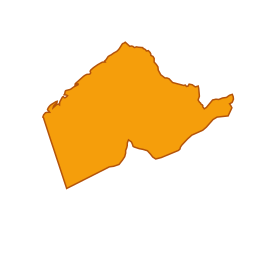 the Region of Tanga, rotated 212°
{"feature_id": "TZA-3395", "entity_name": "Tanga", "entity_type": "Region", "adm_level": 1, "iso_a3": "TZA", "parent_name": "United Republic of Tanzania", "parent_adm1": "", "projection": "natural_earth1", "projection_center": [38.386, -5.115], "detail": "fine", "context": "isolated", "style": "filled", "palette": "amber", "viewbox_px": 256, "rotation_deg": 212, "n_neighbors": 0, "source": "natural_earth", "source_scale": "10m", "svg_char_len": 2344}
<svg xmlns="http://www.w3.org/2000/svg" viewBox="0 0 256 256"><g transform="rotate(212 128 128)"><path d="M148.0,44.2L148.4,44.6L154.7,49.8L160.8,54.9L167.0,60.1L173.3,65.3L179.5,70.5L185.7,75.6L191.9,80.8L198.1,86.0L204.2,91.1L204.7,91.7L206.0,92.1L206.5,94.4L206.1,97.2L204.7,98.6L202.7,99.8L204.3,100.5L205.4,100.6L206.1,101.1L206.3,102.9L206.2,104.7L205.9,106.2L205.4,107.5L203.1,112.1L202.2,113.1L201.7,111.9L202.0,110.2L202.5,108.6L202.7,107.0L202.2,105.5L201.0,109.8L199.8,111.4L198.3,111.3L199.5,113.5L199.7,114.4L200.0,119.1L199.8,120.0L199.3,120.3L198.1,119.9L197.5,120.2L197.2,120.7L196.5,122.3L196.4,123.4L197.4,123.4L199.8,122.3L199.8,123.5L200.6,125.6L200.7,126.3L200.4,127.0L197.7,129.8L197.2,130.5L195.8,134.0L193.5,137.8L193.3,138.4L193.9,139.0L194.7,138.3L195.8,136.7L196.2,137.7L193.1,148.3L192.3,150.1L191.3,151.7L190.5,152.3L189.7,152.8L189.0,153.4L188.8,154.6L189.1,155.3L189.7,155.6L190.2,156.1L190.3,157.4L189.3,160.8L187.2,165.7L184.7,170.2L182.3,171.9L183.3,172.4L182.8,174.2L182.7,178.1L182.0,179.6L181.1,181.0L179.8,184.1L178.2,186.9L177.7,188.7L177.4,190.7L177.4,196.1L177.1,197.0L176.6,197.5L176.2,198.3L175.9,199.1L175.8,199.3L169.8,198.2L168.6,199.3L167.1,199.8L166.1,199.6L165.1,199.7L163.8,201.3L162.2,201.9L158.1,204.0L157.1,203.4L156.1,203.7L154.6,203.7L153.3,203.1L152.5,203.7L151.8,204.4L149.4,203.8L148.1,203.0L147.0,201.7L144.7,201.9L142.7,200.9L140.8,197.8L137.7,196.9L135.0,195.7L133.0,193.1L128.4,190.5L123.2,190.0L121.4,191.1L119.3,191.5L114.3,190.2L103.3,193.6L102.2,194.8L100.4,194.2L99.3,195.3L99.4,197.6L96.5,198.7L92.7,198.5L90.7,200.8L89.0,199.0L84.3,192.8L83.4,188.9L80.9,187.7L79.7,187.6L78.4,186.8L77.3,187.0L76.4,186.6L76.2,186.0L75.8,185.6L73.5,184.7L72.4,187.0L71.1,196.6L68.7,199.0L66.1,200.3L63.8,203.5L60.7,206.1L59.3,209.5L57.4,211.8L55.4,210.3L53.8,208.3L53.8,207.5L53.5,206.9L53.3,204.7L54.7,202.3L52.8,201.5L50.6,200.2L49.5,191.3L58.2,184.5L60.4,180.2L62.0,170.3L63.4,165.8L70.1,155.8L71.7,150.3L73.3,142.1L73.4,139.7L72.8,137.5L73.4,135.6L84.1,120.6L88.1,116.4L91.7,116.5L95.2,117.8L99.5,119.0L104.0,117.8L107.6,116.4L112.6,115.2L113.9,115.1L115.8,116.7L117.8,118.0L121.3,118.2L120.7,115.0L119.4,112.8L118.6,110.5L118.1,107.7L116.7,105.5L115.6,101.9L115.7,97.9L116.3,92.3L119.9,87.9L123.2,85.2L148.0,44.2L148.0,44.2Z" fill="#f59e0b" stroke="#b45309" stroke-width="1.5"/></g></svg>